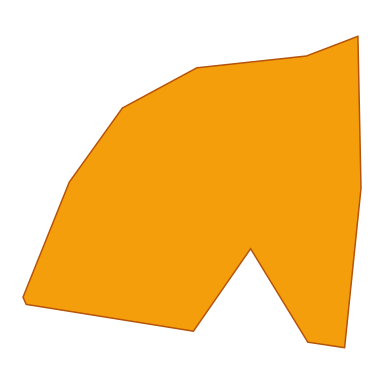 the state/province of Ngardmau
{"feature_id": "PLW-5253", "entity_name": "Ngardmau", "entity_type": "state/province", "adm_level": 1, "iso_a3": "PLW", "parent_name": "Palau", "parent_adm1": "", "projection": "equal_earth", "projection_center": [134.587, 7.599], "detail": "fine", "context": "isolated", "style": "filled", "palette": "amber", "viewbox_px": 384, "rotation_deg": 0, "n_neighbors": 0, "source": "natural_earth", "source_scale": "10m", "svg_char_len": 281}
<svg xmlns="http://www.w3.org/2000/svg" viewBox="0 0 384 384"><path d="M26.2,304.4L23.0,297.2L69.3,182.1L122.4,108.0L196.8,67.8L306.4,56.0L357.9,36.3L361.0,188.2L344.6,347.7L307.8,342.2L250.6,248.7L193.4,331.2L26.2,304.4Z" fill="#f59e0b" stroke="#b45309" stroke-width="1.5"/></svg>